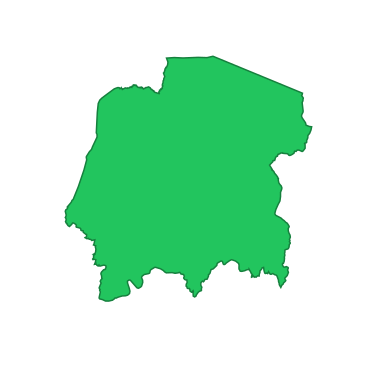 Siem Pang, Stœng Trêng, Cambodia (Natural Earth projection), rotated 202°
{"feature_id": "14789045B29647510840066", "entity_name": "Siem Pang", "entity_type": "district", "adm_level": 2, "iso_a3": "KHM", "parent_name": "Cambodia", "parent_adm1": "Stœng Trêng", "projection": "natural_earth1", "projection_center": [106.38, 14.216], "detail": "fine", "context": "isolated", "style": "filled", "palette": "green", "viewbox_px": 384, "rotation_deg": 202, "n_neighbors": 0, "source": "geoboundaries", "source_scale": "gbopen_adm2", "svg_char_len": 6011}
<svg xmlns="http://www.w3.org/2000/svg" viewBox="0 0 384 384"><g transform="rotate(202 192 192)"><path d="M302.0,131.5L301.5,131.5L301.4,130.5L301.5,129.4L302.3,128.2L302.3,126.7L300.0,123.5L299.8,122.4L299.9,120.8L299.2,120.5L298.3,119.2L298.1,118.4L298.3,117.4L297.1,116.1L296.1,116.0L295.9,115.4L294.3,114.4L292.7,114.1L291.4,116.9L291.2,118.5L290.0,118.9L287.5,118.4L286.9,117.9L286.5,116.5L286.1,116.1L282.3,116.6L281.4,116.2L280.6,114.9L279.9,114.8L278.5,115.3L277.7,113.9L274.6,113.0L273.9,113.2L273.1,111.4L273.4,110.3L274.1,109.7L273.8,109.5L273.3,109.8L272.4,109.3L271.7,109.4L270.8,110.2L269.8,109.7L268.0,110.1L266.8,109.5L264.2,111.3L263.4,107.2L263.5,106.0L261.1,106.0L261.1,104.9L259.6,102.9L259.5,102.1L259.0,100.7L258.9,98.7L260.0,97.4L258.9,97.5L259.5,96.2L258.6,94.2L259.0,92.6L258.5,92.2L257.1,93.1L255.7,93.1L255.5,91.4L254.9,90.6L255.3,90.2L255.3,88.4L253.8,89.3L252.8,88.5L251.3,88.2L250.9,89.5L249.9,88.8L249.5,88.9L246.4,91.2L244.4,91.4L244.1,91.1L243.4,89.9L243.6,88.5L243.3,88.0L243.5,87.6L244.8,86.8L245.9,83.9L246.0,82.6L245.6,81.7L244.5,80.5L243.5,78.5L242.9,77.9L243.5,76.7L243.7,74.9L242.2,73.5L242.2,68.5L241.6,67.6L240.7,67.2L240.8,66.3L239.5,65.0L238.6,59.5L238.3,58.8L237.6,58.3L234.7,58.7L231.4,58.5L228.3,59.7L225.2,61.9L224.0,63.8L223.6,65.0L222.6,65.2L220.9,67.0L217.7,69.5L214.7,70.9L213.0,72.3L211.9,74.4L212.4,76.8L214.1,79.2L217.4,83.1L218.3,84.6L218.4,85.4L217.3,86.9L216.1,87.1L207.3,82.6L205.8,82.6L205.0,83.3L203.9,84.8L203.5,85.9L203.8,89.7L204.8,91.8L206.5,93.5L206.8,94.3L206.7,95.3L205.4,97.6L201.8,100.0L201.1,100.7L200.9,101.2L201.3,103.6L201.0,104.6L198.5,108.0L197.7,108.5L192.6,109.0L189.2,108.5L187.5,107.7L185.6,107.4L180.2,109.8L177.3,110.3L174.6,111.8L173.7,112.7L173.1,112.9L171.8,111.9L171.2,112.1L170.3,111.9L169.6,112.4L168.6,112.1L167.6,111.0L167.5,109.2L167.1,108.8L166.1,108.2L165.1,108.1L163.8,108.5L162.6,106.3L162.8,104.4L162.2,102.5L161.5,102.4L160.3,101.0L159.5,101.0L158.2,101.5L157.5,100.9L156.7,99.4L154.9,98.9L154.6,99.0L154.0,100.9L153.5,100.4L153.3,99.0L151.8,95.9L150.2,95.7L149.3,97.0L149.4,98.3L148.6,101.6L147.5,103.2L146.7,103.6L146.4,104.6L147.0,105.4L147.2,107.4L148.9,108.8L149.8,111.3L149.0,113.3L147.8,113.0L147.5,113.6L147.3,115.7L145.3,116.9L145.2,120.3L145.8,121.6L145.2,122.3L144.9,123.5L145.3,127.2L143.5,128.7L141.5,133.2L141.9,135.0L141.7,135.7L139.5,138.6L138.9,139.0L137.8,139.0L136.0,136.9L135.1,136.7L134.3,137.4L133.6,139.1L131.3,142.6L129.9,144.1L125.7,144.3L122.0,143.2L121.0,141.9L119.9,138.9L119.3,137.9L118.5,137.5L118.0,136.8L117.3,136.7L116.1,137.1L113.6,138.8L111.9,140.6L110.2,141.3L110.3,141.9L106.8,139.1L106.5,138.6L105.8,138.4L105.4,138.0L105.1,135.7L104.9,135.3L104.3,135.9L104.2,137.4L102.4,136.3L101.9,137.0L100.7,137.0L99.8,138.9L98.3,139.2L98.8,141.1L98.9,142.9L99.4,144.2L98.5,146.9L98.6,147.9L97.4,148.9L95.7,146.0L94.2,144.1L93.5,143.9L92.2,144.9L91.5,144.6L91.2,144.8L91.2,146.8L88.7,145.1L87.5,145.6L86.5,146.7L84.4,146.3L83.1,146.5L81.9,146.1L78.9,142.8L78.1,141.2L77.1,140.2L76.3,138.7L73.9,136.8L73.8,139.2L73.0,140.7L73.0,142.3L72.3,143.5L71.9,144.8L72.0,145.3L72.8,145.6L73.7,146.8L72.4,150.2L72.5,153.6L74.2,155.5L74.2,157.3L74.6,158.0L76.5,158.2L77.6,157.3L78.4,156.9L79.1,156.9L80.5,157.9L81.1,158.8L81.2,159.8L80.5,160.1L80.6,162.4L81.4,165.2L82.0,166.2L82.2,168.1L83.3,170.0L83.3,171.0L84.1,172.8L83.8,173.5L81.8,175.1L81.5,175.7L81.4,177.3L82.1,179.6L81.7,181.2L81.9,181.7L83.1,182.4L82.9,183.5L83.9,184.6L83.9,186.9L84.3,187.7L85.2,189.0L86.5,190.0L88.1,191.9L89.1,194.1L88.9,196.1L89.1,196.6L91.1,198.1L92.2,198.8L93.7,199.0L95.9,200.0L97.7,200.4L99.7,201.2L105.1,201.7L105.9,201.9L106.7,202.5L107.2,203.3L107.7,207.0L107.5,212.8L107.1,216.6L108.2,220.9L109.8,224.9L109.9,228.2L110.2,229.5L111.5,231.0L113.5,232.0L115.0,233.1L116.5,235.4L116.9,236.8L117.7,237.0L117.8,237.6L119.8,239.0L122.7,240.5L123.1,241.1L124.4,242.0L125.2,242.1L125.9,242.8L126.3,242.5L126.7,243.4L130.2,246.0L128.4,250.4L128.7,251.4L127.2,252.2L127.5,252.7L127.2,253.4L127.5,254.6L127.1,256.6L126.2,257.2L126.4,259.1L124.9,260.3L124.6,261.1L122.7,262.2L122.4,261.9L121.2,262.2L117.7,263.3L116.0,262.4L115.0,262.5L113.7,263.7L112.0,266.1L112.2,268.2L110.7,268.6L110.3,270.0L109.8,270.4L108.6,270.9L105.1,270.8L104.4,271.6L103.5,274.9L105.0,278.5L105.8,279.1L105.7,279.5L104.6,280.3L104.3,281.1L105.0,282.7L104.9,285.5L105.7,287.8L104.9,290.4L104.9,294.0L105.5,297.3L107.8,296.7L111.3,296.7L112.7,298.7L117.6,302.0L118.9,303.3L119.2,304.9L119.0,307.5L119.3,308.7L123.4,316.2L123.3,318.1L123.7,319.1L124.0,320.8L126.5,322.5L126.3,323.3L126.6,325.0L223.4,325.7L228.4,322.2L236.8,319.1L250.5,312.9L258.8,310.0L265.8,306.6L263.0,303.5L262.3,301.0L262.3,298.5L262.4,298.2L262.9,297.8L262.6,297.3L263.0,296.7L263.1,295.7L262.7,294.8L262.8,293.6L262.5,292.7L263.0,291.6L260.5,288.8L260.6,286.5L260.2,285.1L260.4,284.2L259.8,282.6L259.8,280.8L259.3,279.5L258.8,279.4L258.8,277.5L258.4,276.9L258.9,276.3L258.7,275.9L258.8,275.6L259.5,275.8L259.7,274.8L260.2,274.2L259.7,273.5L260.2,272.8L260.1,272.0L259.3,271.4L259.3,270.9L264.2,270.5L264.9,271.1L265.3,271.0L265.5,271.6L266.6,271.5L267.7,272.1L268.2,271.8L269.7,272.9L271.6,273.2L273.3,271.8L273.9,271.6L274.2,270.9L275.0,270.3L275.5,269.4L276.2,269.5L277.0,270.2L277.3,269.8L277.7,270.0L278.4,269.6L278.2,270.2L278.4,270.3L279.3,269.5L280.7,269.1L280.9,268.8L281.7,268.8L282.9,269.6L283.3,269.4L283.6,269.9L284.1,270.2L285.2,269.4L285.7,269.7L286.3,269.4L286.1,269.2L286.6,267.8L286.9,268.0L287.2,267.7L287.5,266.7L287.3,266.4L288.6,266.3L288.5,265.8L289.6,264.7L290.8,264.3L290.8,263.9L292.9,263.5L294.9,261.1L295.2,261.6L295.7,261.5L296.5,262.1L296.5,261.5L296.8,261.3L297.1,261.5L297.7,260.9L297.9,261.3L298.8,261.4L300.1,260.9L301.9,259.3L302.8,258.4L308.0,249.9L310.7,245.4L311.9,242.7L312.1,239.0L309.7,230.6L302.9,211.0L301.6,209.8L300.6,207.3L301.2,196.6L301.1,193.9L302.2,191.0L303.2,185.3L303.1,184.7L301.7,182.4L300.4,171.8L299.4,154.3L299.4,140.5L300.1,139.3L300.1,137.3L302.0,131.5Z" fill="#22c55e" stroke="#15803d" stroke-width="1.5"/></g></svg>